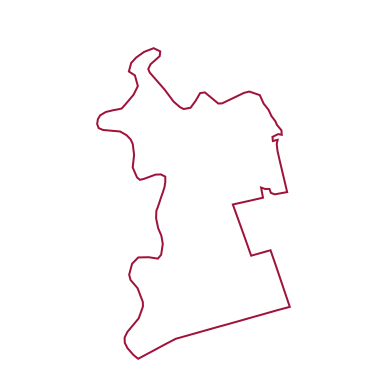 outline of Roca Sales, Rio Grande do Sul, Brazil, rotated 346°
{"feature_id": "56859067B6825501314110", "entity_name": "Roca Sales", "entity_type": "district", "adm_level": 2, "iso_a3": "BRA", "parent_name": "Brazil", "parent_adm1": "Rio Grande do Sul", "projection": "albers", "projection_center": [-51.837, -29.244], "detail": "fine", "context": "isolated", "style": "outline", "palette": "rose", "viewbox_px": 384, "rotation_deg": 346, "n_neighbors": 0, "source": "geoboundaries", "source_scale": "gbopen_adm2", "svg_char_len": 1467}
<svg xmlns="http://www.w3.org/2000/svg" viewBox="0 0 384 384"><g transform="rotate(346 192 192)"><path d="M99.4,340.8L129.8,333.1L140.6,330.5L183.4,329.2L192.2,329.0L247.1,327.3L259.1,327.1L255.6,284.3L254.1,267.5L234.0,268.1L231.8,245.2L228.6,214.0L244.1,214.4L259.5,214.7L260.1,204.4L263.6,206.7L267.9,207.8L268.3,211.9L271.7,214.3L284.3,215.1L284.7,181.9L284.9,172.9L285.8,166.0L287.7,162.1L282.8,162.1L283.4,158.0L289.6,156.7L292.9,158.2L293.7,153.7L290.7,147.6L290.0,143.5L287.5,137.7L286.1,130.6L282.9,123.6L281.2,114.4L271.9,108.4L266.4,108.4L242.6,113.3L238.9,112.5L228.6,98.5L223.8,98.0L217.6,104.4L211.0,109.9L204.0,109.5L200.8,106.7L196.0,99.8L190.2,86.0L179.9,65.9L179.3,62.1L182.7,58.0L193.5,52.4L195.2,47.9L189.6,43.2L179.3,44.5L170.2,48.1L164.2,52.1L159.9,59.8L164.8,65.0L165.1,76.1L158.8,83.5L149.1,90.5L143.9,94.0L140.1,93.9L135.6,93.6L127.8,93.5L121.4,95.4L118.3,98.6L116.4,103.1L116.9,107.4L120.7,110.3L136.9,115.9L142.2,121.0L145.2,126.1L146.1,131.1L144.8,141.9L140.4,153.9L142.2,164.6L144.4,167.6L148.9,167.6L160.7,166.3L166.0,167.4L169.8,170.6L168.5,175.9L166.5,180.6L163.3,185.8L161.0,189.2L158.5,193.2L155.3,198.2L152.9,201.6L150.8,208.8L150.4,218.9L151.7,227.0L151.1,235.3L146.9,245.4L142.8,248.4L134.2,244.8L124.0,242.5L116.5,247.1L111.0,257.1L111.1,262.5L115.9,272.1L117.7,286.7L116.7,291.2L113.8,295.6L109.7,301.7L95.5,312.1L91.4,316.9L90.3,322.1L91.6,327.8L95.7,335.9L99.4,340.8Z" fill="none" stroke="#9f1239" stroke-width="2"/></g></svg>